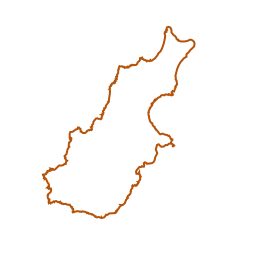 Nossa Senhora Das Dores, Sal, Cabo Verde (Albers equal-area conic projection), rotated 221°
{"feature_id": "66160863B51777192933696", "entity_name": "Nossa Senhora Das Dores", "entity_type": "district", "adm_level": 2, "iso_a3": "CPV", "parent_name": "Cabo Verde", "parent_adm1": "Sal", "projection": "albers", "projection_center": [-22.934, 16.721], "detail": "fine", "context": "isolated", "style": "outline", "palette": "amber", "viewbox_px": 256, "rotation_deg": 221, "n_neighbors": 0, "source": "geoboundaries", "source_scale": "gbopen_adm2", "svg_char_len": 5808}
<svg xmlns="http://www.w3.org/2000/svg" viewBox="0 0 256 256"><g transform="rotate(221 128 128)"><path d="M149.8,30.2L149.3,30.6L148.9,30.1L147.9,30.1L148.1,31.0L147.6,30.5L147.1,31.1L147.5,31.6L146.8,31.3L146.4,31.7L145.5,31.0L144.4,29.1L144.8,25.1L144.0,24.5L144.0,23.8L142.4,22.5L141.4,22.2L141.3,22.5L140.4,22.6L139.4,21.0L140.0,21.1L139.6,20.3L138.6,19.5L138.5,20.3L137.0,20.3L137.2,21.2L136.3,21.9L136.1,23.2L135.9,23.1L135.4,24.2L135.1,24.1L135.2,24.5L134.3,25.7L132.6,26.0L131.7,26.8L130.9,26.7L130.8,27.1L130.7,27.0L130.2,27.1L130.2,27.5L129.9,27.3L128.8,27.8L128.3,27.4L127.6,28.1L126.9,28.1L125.3,29.9L123.6,30.2L121.6,31.9L120.5,31.3L120.8,31.1L120.1,31.5L119.3,31.2L118.7,31.5L118.6,31.1L117.5,31.1L117.1,30.5L116.3,30.9L114.8,29.5L114.9,28.5L114.2,28.2L111.8,31.9L110.7,32.8L109.3,33.2L108.8,34.0L108.0,34.2L107.7,35.2L105.8,36.3L102.8,37.6L102.7,37.2L102.2,37.7L101.3,37.6L100.1,38.6L98.6,38.9L98.5,39.4L95.8,39.8L95.1,39.5L94.6,40.0L94.3,39.6L93.0,40.0L91.7,41.6L89.3,42.6L89.4,42.9L89.0,42.7L87.6,44.5L87.3,45.4L87.6,48.2L86.7,48.7L86.0,51.3L82.2,55.0L81.9,55.4L82.2,56.1L81.6,56.5L81.8,57.4L82.4,57.7L81.9,58.6L82.5,59.5L82.1,60.2L82.6,63.2L82.3,65.2L82.9,65.2L81.5,66.3L81.1,69.3L82.4,72.7L82.2,74.5L82.9,74.9L82.6,75.3L83.1,75.4L83.5,76.9L83.0,77.9L83.3,78.2L83.0,79.6L84.0,81.9L84.6,82.0L85.1,83.3L85.4,85.7L86.6,87.0L87.6,87.3L86.4,87.3L86.7,87.8L85.7,88.1L85.5,89.4L84.4,89.4L84.2,90.3L83.8,90.3L83.9,91.2L84.2,91.2L84.0,92.5L84.4,93.7L84.9,93.8L84.5,94.1L84.9,94.4L84.9,96.6L85.4,97.7L86.7,98.8L86.5,99.6L87.5,99.9L87.7,100.3L89.1,100.5L90.5,101.9L90.1,100.2L91.6,99.0L93.3,100.3L93.8,102.0L93.8,106.1L92.5,107.2L92.5,108.3L91.1,108.8L90.6,109.4L91.3,110.5L93.0,111.8L92.9,113.0L92.2,113.5L90.2,113.4L89.9,114.2L89.2,114.5L86.9,117.1L86.3,119.2L86.8,121.2L88.3,123.9L89.4,128.2L93.0,130.1L95.0,134.3L94.2,135.8L91.2,135.6L90.3,135.9L88.8,137.7L88.5,139.7L87.1,140.9L86.7,143.2L84.8,144.8L85.5,144.7L86.1,145.4L86.9,147.5L86.6,148.0L87.0,148.5L88.8,147.8L89.8,148.6L92.0,149.1L92.4,148.5L93.9,148.4L95.6,147.3L98.4,146.3L99.5,144.4L100.1,144.3L104.6,145.2L105.4,145.0L106.4,145.5L107.1,145.3L108.7,146.3L109.0,146.0L111.3,146.3L112.7,147.5L113.6,147.1L115.9,147.6L119.1,149.8L119.9,150.8L120.6,150.9L122.6,152.9L122.5,153.3L123.0,153.5L124.5,157.3L124.2,157.5L124.6,158.5L124.7,161.0L125.2,161.8L125.5,161.2L126.2,161.8L126.0,162.5L125.3,162.4L125.7,163.9L125.5,165.9L126.1,165.9L126.3,167.1L126.1,167.7L125.3,167.8L125.2,170.4L124.0,173.0L124.4,173.9L124.2,174.7L122.5,176.4L122.0,176.5L121.7,178.0L119.6,179.3L119.6,179.8L119.0,179.8L119.1,180.5L116.7,181.0L115.9,182.3L116.2,182.9L117.9,183.0L118.6,183.8L118.1,184.8L118.5,185.3L117.2,185.9L118.2,188.1L118.1,189.0L117.9,189.3L117.6,189.3L118.8,189.5L119.4,190.2L119.1,190.6L119.6,191.3L119.5,193.0L122.7,195.8L123.8,195.8L125.0,197.5L126.3,198.3L129.6,204.7L130.9,208.7L131.6,212.5L131.5,217.6L130.6,220.1L132.1,221.8L132.3,222.5L131.9,224.7L132.1,227.8L131.6,232.5L132.1,233.9L133.3,235.5L134.7,236.3L135.9,236.5L137.9,236.2L139.0,235.5L140.4,232.5L142.1,230.4L144.7,228.1L147.2,227.0L147.7,227.4L147.8,227.0L149.9,227.1L150.7,227.8L153.0,228.3L154.6,228.0L157.8,228.6L159.5,230.5L161.8,231.6L163.8,230.9L164.6,229.4L164.0,228.0L162.9,227.8L162.8,227.2L162.9,226.9L163.4,227.0L163.3,226.5L162.1,225.8L162.3,225.0L163.0,224.8L162.6,223.6L160.3,221.8L159.3,220.4L156.4,215.1L154.6,210.7L153.8,207.3L154.0,204.0L153.5,202.4L153.3,198.2L154.3,194.2L154.9,193.6L155.6,193.9L155.6,192.7L156.6,192.3L156.8,192.5L156.5,192.2L157.5,191.5L157.6,190.6L159.3,190.8L160.3,189.9L161.4,190.0L161.9,189.7L163.4,190.3L163.3,189.5L163.9,189.3L163.7,188.9L164.6,188.5L163.4,186.7L163.7,183.7L163.1,182.2L163.3,180.9L165.1,179.0L166.0,178.7L166.0,178.1L167.0,176.7L167.0,176.9L167.1,177.0L167.2,176.7L166.9,176.4L167.4,175.4L168.0,175.3L167.4,175.2L167.8,174.6L167.5,174.1L168.1,174.0L168.1,173.5L168.8,173.6L168.8,172.7L169.2,172.1L170.8,171.7L170.7,171.4L171.0,171.5L171.4,170.9L173.0,170.7L174.2,169.3L174.9,169.1L174.6,167.7L173.4,166.0L173.6,165.6L171.5,163.0L171.2,160.8L170.5,160.5L170.0,159.7L170.5,158.8L169.4,158.3L169.5,157.6L168.9,157.8L168.4,157.3L169.0,155.4L168.7,154.3L168.3,154.5L168.4,154.1L167.9,154.2L167.5,153.5L167.8,152.6L168.7,152.3L168.8,151.5L169.1,151.3L169.2,150.4L168.7,149.8L169.1,149.1L168.4,148.5L168.8,147.1L167.4,145.8L167.5,144.9L166.8,144.9L165.2,143.4L160.1,135.6L160.2,135.0L159.7,135.0L159.3,130.1L158.6,129.5L158.2,128.0L159.0,127.2L158.7,126.6L159.0,126.4L158.4,126.5L157.8,125.9L158.1,124.4L156.3,123.2L156.2,122.5L156.6,122.2L156.0,121.7L156.5,120.8L156.0,121.0L155.4,120.5L155.3,119.5L154.1,117.7L154.3,116.8L154.8,116.9L156.3,115.5L157.7,115.1L158.4,113.7L158.2,110.0L157.0,108.4L157.1,106.7L155.8,105.5L156.5,104.3L154.4,103.5L154.2,103.0L154.3,102.3L155.6,101.6L155.7,100.8L156.3,100.5L157.0,99.1L156.7,98.2L157.1,96.2L158.5,94.8L160.0,94.5L160.5,94.8L161.2,94.3L160.6,95.1L161.4,94.3L163.4,96.2L164.1,95.8L165.1,96.2L166.1,95.5L165.4,94.1L166.2,93.2L167.4,88.7L168.9,87.1L168.2,85.3L166.2,83.1L164.9,83.1L165.4,82.5L164.9,82.3L164.8,81.6L164.4,81.5L164.2,82.2L163.3,82.1L162.7,80.9L162.6,78.5L162.9,78.3L160.9,75.4L160.0,75.4L159.7,72.4L157.3,68.0L157.4,65.1L156.2,64.8L155.8,63.8L155.4,63.7L155.2,64.1L154.7,63.5L153.6,63.2L152.5,63.4L152.5,61.9L151.4,59.9L152.4,59.3L152.5,57.6L153.5,56.1L155.4,54.4L155.9,48.7L156.5,47.8L156.8,47.8L156.4,47.6L157.4,47.8L157.8,46.8L158.2,47.5L158.4,47.5L158.8,47.2L158.4,47.0L159.7,46.5L158.8,46.1L159.6,45.1L159.6,44.3L159.1,44.1L160.5,42.8L159.9,42.0L160.3,41.9L160.3,41.0L159.9,41.0L159.6,39.5L161.6,37.0L160.8,36.5L159.7,36.8L158.6,35.0L158.0,35.4L157.7,35.1L157.7,35.7L156.9,35.9L152.3,33.9L151.0,33.7L149.7,32.3L149.8,30.2ZM82.2,143.6L81.8,143.8L81.6,144.9L81.9,144.9L81.6,145.3L82.9,144.3L82.2,143.6Z" fill="none" stroke="#b45309" stroke-width="2"/></g></svg>